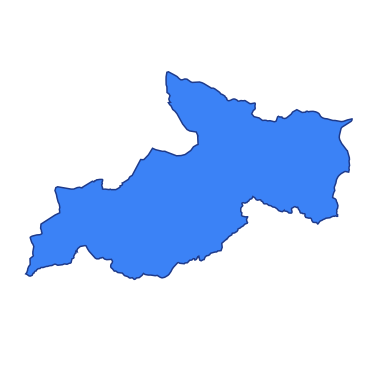 Sarolangun, Jambi, Indonesia (Albers equal-area conic projection), rotated 11°
{"feature_id": "22746128B44731308508060", "entity_name": "Sarolangun", "entity_type": "district", "adm_level": 2, "iso_a3": "IDN", "parent_name": "Indonesia", "parent_adm1": "Jambi", "projection": "albers", "projection_center": [102.678, -2.332], "detail": "fine", "context": "isolated", "style": "filled", "palette": "blue", "viewbox_px": 384, "rotation_deg": 11, "n_neighbors": 0, "source": "geoboundaries", "source_scale": "gbopen_adm2", "svg_char_len": 5978}
<svg xmlns="http://www.w3.org/2000/svg" viewBox="0 0 384 384"><g transform="rotate(11 192 192)"><path d="M157.5,83.0L155.5,81.6L154.2,81.1L145.9,78.5L144.5,79.3L144.6,83.8L145.1,86.7L146.2,91.7L147.3,93.5L148.5,99.1L150.6,100.1L152.0,101.6L151.5,105.2L152.8,107.4L153.7,108.1L151.8,108.8L153.5,110.6L155.0,111.5L157.3,114.6L159.9,116.0L162.4,118.1L169.9,127.1L175.2,131.6L178.1,132.5L184.7,132.3L186.9,135.4L186.8,135.8L187.2,136.0L187.1,136.7L188.9,144.2L187.5,145.0L184.8,147.4L182.9,151.5L178.1,156.5L174.4,158.3L169.9,159.4L159.4,157.6L157.7,157.2L155.3,157.7L152.2,157.6L148.3,157.4L144.9,156.6L142.1,163.9L138.7,169.2L137.4,169.7L135.4,169.9L130.1,187.2L128.4,188.6L127.9,189.4L127.2,191.7L122.3,196.3L121.8,196.4L122.3,198.1L121.4,199.2L120.2,199.7L120.5,200.8L119.2,202.2L116.8,204.2L112.3,205.1L111.1,204.8L110.8,205.2L109.9,205.5L106.4,205.7L104.1,206.2L103.5,206.0L103.4,204.9L103.1,204.6L102.0,202.3L102.4,201.0L101.8,199.5L102.1,198.3L102.0,197.1L101.6,196.8L101.2,196.8L99.2,197.2L96.0,198.3L94.9,199.5L94.2,199.7L93.9,200.6L93.5,200.7L92.2,200.4L83.6,208.2L83.6,208.5L83.2,208.6L83.1,208.9L82.3,209.0L80.7,208.8L78.5,209.6L75.3,211.7L72.9,212.2L59.1,212.5L57.5,213.7L57.2,216.7L59.4,220.4L60.6,223.4L62.5,227.3L64.0,229.3L65.2,232.4L65.1,234.4L65.7,235.9L66.1,237.7L62.0,240.7L49.9,252.3L50.3,256.5L51.6,258.6L51.8,259.5L52.4,260.5L52.6,261.1L52.4,261.8L50.9,262.9L47.7,263.8L43.5,265.8L42.0,267.1L41.9,267.7L43.6,270.9L44.7,272.6L45.8,273.6L47.1,275.7L47.2,281.0L47.6,283.3L48.4,284.7L48.2,285.3L45.7,288.3L47.0,294.1L45.9,296.3L45.4,299.0L45.6,300.3L45.3,301.2L45.3,302.4L44.4,304.1L45.7,304.4L48.1,305.5L49.3,305.4L51.0,304.3L51.5,302.2L52.4,301.6L52.3,301.2L53.0,299.7L54.2,299.1L54.4,298.0L55.7,296.6L57.4,296.1L58.2,294.9L60.3,294.5L63.1,292.9L64.4,292.6L66.4,291.5L68.5,290.9L70.8,289.1L71.9,288.9L73.8,289.5L74.9,289.3L78.7,288.1L80.5,286.9L83.1,286.8L85.1,285.4L86.3,285.0L86.8,284.3L86.9,280.6L88.4,279.5L88.6,278.8L88.2,278.0L88.2,277.3L89.1,274.3L89.7,274.0L89.7,273.7L89.2,272.4L89.5,271.7L90.5,272.2L90.2,271.6L90.6,269.4L92.7,266.8L97.2,265.0L98.3,265.1L100.4,267.8L102.3,269.8L109.7,275.4L110.5,275.6L111.0,275.8L112.9,275.5L113.9,275.0L114.4,274.3L115.5,274.1L115.9,273.7L117.0,273.3L118.9,274.5L121.2,274.7L125.8,273.5L127.2,275.2L127.2,276.7L126.5,277.9L126.2,279.3L126.5,281.0L127.0,281.7L128.6,282.6L130.8,284.5L132.2,284.1L134.5,285.2L139.1,284.9L141.3,286.7L142.0,287.0L145.0,287.3L146.8,288.2L147.6,288.3L149.8,287.5L151.9,288.8L152.4,288.6L153.1,288.2L153.8,287.0L156.6,286.1L158.9,283.3L159.9,281.2L161.7,281.9L164.8,281.9L167.5,281.4L171.9,281.2L173.8,280.5L176.9,281.7L178.5,282.0L179.3,281.9L181.5,280.9L184.2,278.5L185.2,277.1L186.5,274.1L187.3,271.3L188.3,269.2L191.4,264.2L192.4,263.8L193.6,264.3L198.1,263.9L198.7,263.0L201.0,262.3L202.8,259.4L204.1,259.1L205.0,258.6L206.0,257.2L207.2,257.1L207.8,258.2L208.5,257.9L209.3,257.0L209.4,256.0L210.0,255.5L210.0,254.4L210.9,253.7L212.6,257.4L214.1,257.8L216.1,256.2L216.8,256.0L217.2,253.6L218.5,251.7L219.8,251.4L221.2,250.3L221.9,248.8L222.3,248.4L225.9,246.6L227.7,246.1L228.5,245.0L231.7,244.0L232.2,240.6L231.0,236.7L235.3,231.1L235.4,231.3L236.7,228.7L239.2,226.5L239.4,224.8L241.8,224.0L242.2,223.3L243.4,222.5L244.2,221.1L244.2,219.7L244.4,219.3L246.2,218.1L247.0,217.0L248.8,215.5L249.7,213.9L250.4,213.2L252.2,212.1L252.3,211.2L251.5,210.6L250.7,208.3L251.4,206.1L251.3,205.7L249.3,206.2L246.4,206.1L245.6,205.9L245.1,205.4L244.9,202.9L243.6,201.9L243.0,198.8L243.4,197.4L244.4,195.9L244.4,195.6L243.2,194.0L243.2,193.4L244.2,192.7L246.2,192.8L247.2,192.0L247.9,191.9L248.5,190.7L249.4,190.0L250.0,188.3L252.0,187.1L252.6,184.8L254.8,185.7L256.5,187.3L257.9,187.5L259.9,186.7L260.9,186.6L261.8,187.7L263.0,187.9L264.6,189.7L265.5,189.8L267.6,189.3L270.0,190.5L272.0,190.4L274.1,191.3L276.2,191.2L278.9,192.4L280.5,193.7L282.7,194.1L284.5,194.1L285.7,192.7L285.7,192.9L289.3,193.0L291.1,194.1L293.4,193.8L293.9,193.3L294.0,192.5L292.9,189.8L292.9,189.1L295.5,186.8L296.1,186.7L297.5,187.2L298.7,186.8L299.6,188.3L301.2,189.8L302.2,191.6L302.8,191.9L303.9,191.7L305.0,192.1L306.5,191.8L307.2,192.2L307.4,193.9L308.5,195.2L311.4,195.4L313.4,195.0L314.3,195.6L315.2,197.3L316.5,198.5L317.4,198.6L320.1,198.2L321.4,199.4L321.8,199.2L322.8,197.0L323.5,195.9L324.9,195.1L325.6,194.3L327.6,193.0L328.4,192.2L332.4,190.9L333.9,189.6L335.6,188.7L336.5,188.7L337.5,188.0L338.9,188.3L339.5,188.1L339.3,187.5L339.4,186.7L338.4,186.2L338.3,185.9L337.9,184.6L338.0,183.6L337.6,182.7L337.5,181.5L338.0,180.3L337.9,177.6L336.5,174.8L335.7,173.9L335.0,172.3L334.1,171.5L331.1,170.6L331.0,167.9L331.3,165.3L331.9,163.4L330.9,160.9L330.8,159.9L331.5,155.7L331.5,152.2L332.5,148.9L333.4,147.4L334.9,145.5L338.0,142.8L338.7,142.6L342.0,142.6L342.1,140.0L341.6,139.0L341.4,137.5L341.6,135.9L340.5,132.5L340.2,131.3L340.4,130.3L339.9,128.3L336.6,121.8L336.1,121.6L329.6,115.8L326.9,112.3L326.1,110.3L325.9,108.2L326.2,101.1L326.9,99.7L334.7,92.3L335.2,91.3L335.3,90.2L335.1,89.7L330.8,91.6L327.1,93.8L325.1,94.4L318.9,94.5L316.5,94.9L310.8,94.4L308.0,94.6L306.2,94.3L305.0,93.9L303.7,93.1L302.1,91.2L301.1,90.5L299.3,89.9L297.9,89.7L295.4,89.7L292.5,90.4L291.2,91.0L289.6,90.7L288.6,91.1L288.3,91.9L285.0,92.9L279.2,91.2L275.5,94.3L274.5,96.7L270.6,101.3L269.0,102.2L266.6,102.1L266.0,101.2L263.7,101.6L262.4,101.2L261.7,101.9L261.1,106.2L259.9,107.2L259.0,107.3L254.9,107.1L252.7,107.8L251.1,107.5L249.3,107.8L247.8,108.3L247.1,108.1L243.8,106.5L238.5,106.2L235.7,103.9L236.7,100.1L237.8,99.1L238.1,97.9L237.4,95.6L237.3,93.4L237.0,92.8L236.5,92.7L233.2,94.0L231.9,94.2L226.8,92.2L226.1,92.2L224.9,92.7L222.6,92.9L220.9,93.8L219.9,94.0L218.4,93.1L216.3,92.6L215.3,92.7L214.0,93.3L212.2,94.7L210.8,95.4L209.9,95.4L208.5,94.6L208.2,93.4L206.4,92.3L206.0,91.6L203.5,90.6L201.5,90.2L200.1,88.9L194.5,86.3L192.9,86.0L191.4,86.4L182.9,83.3L180.8,82.8L178.4,82.6L171.3,84.4L169.7,84.1L165.5,82.2L163.4,82.4L160.9,83.8L159.5,84.0L157.5,83.0Z" fill="#3b82f6" stroke="#1e3a8a" stroke-width="1.5"/></g></svg>